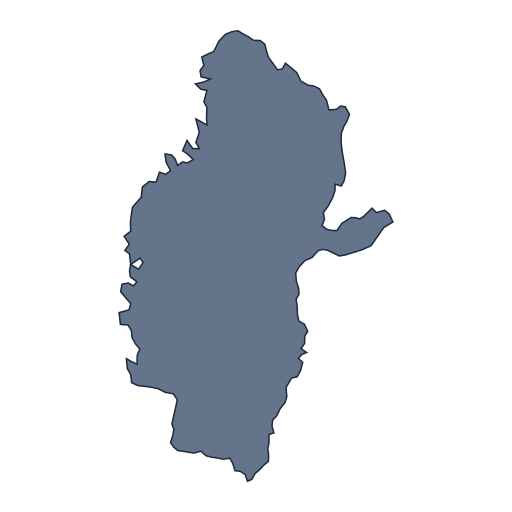 the district of Saldanha Marinho, Rio Grande do Sul, Brazil
{"feature_id": "56859067B4805351166709", "entity_name": "Saldanha Marinho", "entity_type": "district", "adm_level": 2, "iso_a3": "BRA", "parent_name": "Brazil", "parent_adm1": "Rio Grande do Sul", "projection": "equal_earth", "projection_center": [-53.092, -28.388], "detail": "fine", "context": "isolated", "style": "filled", "palette": "slate", "viewbox_px": 512, "rotation_deg": 0, "n_neighbors": 0, "source": "geoboundaries", "source_scale": "gbopen_adm2", "svg_char_len": 2606}
<svg xmlns="http://www.w3.org/2000/svg" viewBox="0 0 512 512"><path d="M200.0,70.6L201.1,76.9L210.3,78.9L204.5,81.8L195.4,83.9L200.7,89.2L206.9,90.4L203.9,101.9L206.9,107.4L206.5,118.3L207.1,125.0L195.9,118.9L199.3,132.6L195.9,142.3L199.3,148.7L192.7,148.5L187.0,140.4L182.6,150.7L187.0,153.6L193.2,159.6L187.2,162.9L182.3,161.9L177.7,165.5L175.0,158.7L171.6,154.9L165.0,153.9L166.1,162.2L170.5,170.6L165.7,174.3L159.5,172.1L156.1,182.1L149.1,181.5L142.4,187.0L141.2,197.2L132.4,207.3L130.4,222.0L130.7,231.2L124.1,236.2L129.3,244.3L124.9,250.4L129.5,253.9L130.7,264.5L129.5,271.1L130.4,277.0L136.9,281.7L133.5,285.8L128.3,283.0L122.0,284.2L120.6,291.7L130.7,303.6L129.0,309.9L119.1,312.6L120.4,324.4L128.1,325.0L131.4,330.8L132.1,337.8L135.7,344.1L139.8,349.0L137.2,355.4L137.0,364.1L131.2,361.5L126.4,358.6L127.3,368.5L130.7,374.6L131.6,382.7L137.9,385.6L145.1,386.4L152.2,387.4L158.0,388.7L165.2,392.3L173.3,393.8L177.3,399.7L175.0,410.2L171.9,423.9L173.9,429.4L172.7,435.7L170.5,442.6L173.6,447.0L177.7,450.5L182.3,451.2L193.8,453.1L200.9,451.2L205.9,455.7L212.0,457.3L216.5,457.8L223.5,459.2L229.8,458.2L232.7,463.3L235.0,470.7L240.2,471.3L245.1,474.5L247.5,481.3L251.8,479.4L255.1,473.5L259.5,469.8L263.8,465.2L268.4,461.4L268.6,454.7L267.8,448.6L269.0,442.5L269.0,434.5L273.9,432.9L272.0,425.9L272.7,420.0L276.7,415.9L280.3,408.5L284.9,402.8L286.8,396.7L286.1,387.4L291.6,378.1L297.2,376.8L300.7,370.2L302.7,362.4L298.4,358.4L301.9,354.4L306.7,352.5L301.0,348.6L304.6,343.5L304.8,336.1L307.7,331.4L304.5,324.3L298.8,321.0L297.4,314.0L297.2,306.4L296.1,299.3L299.0,294.2L298.6,288.2L296.4,281.3L295.7,273.0L299.3,266.6L305.1,260.5L312.0,257.6L318.2,250.6L323.1,249.4L327.6,250.3L339.3,256.0L345.6,254.9L361.9,249.8L371.0,245.8L383.8,227.5L392.9,222.0L389.1,213.8L384.5,210.3L376.4,212.6L372.1,208.1L364.1,216.0L360.0,218.9L355.7,217.7L351.1,217.5L346.8,220.2L341.8,223.4L337.0,230.5L331.7,230.5L327.2,229.5L322.1,225.7L324.5,219.2L323.3,212.8L328.3,205.8L332.6,197.7L335.0,190.7L335.1,184.3L341.3,186.0L344.2,180.7L345.6,172.8L344.2,163.1L342.2,151.6L341.1,142.3L341.3,133.6L343.9,126.3L346.6,121.8L349.5,114.4L345.3,106.8L340.7,106.0L336.5,109.3L328.9,109.9L326.6,100.4L323.4,95.8L319.5,88.8L313.5,85.9L308.5,85.3L300.8,81.1L296.9,72.7L290.9,67.6L285.4,63.2L282.3,68.9L277.5,69.8L272.5,62.8L268.4,57.3L266.7,51.6L264.8,44.2L260.2,40.5L253.5,40.3L248.5,36.8L243.2,34.0L237.9,30.7L231.9,31.7L225.5,34.2L218.7,41.3L216.3,46.5L213.6,51.6L207.4,54.2L201.7,57.1L203.9,65.3L200.0,70.6ZM130.7,264.5L140.0,258.2L143.1,262.5L138.6,269.2L130.7,264.5Z" fill="#64748b" stroke="#1e293b" stroke-width="1.5"/></svg>